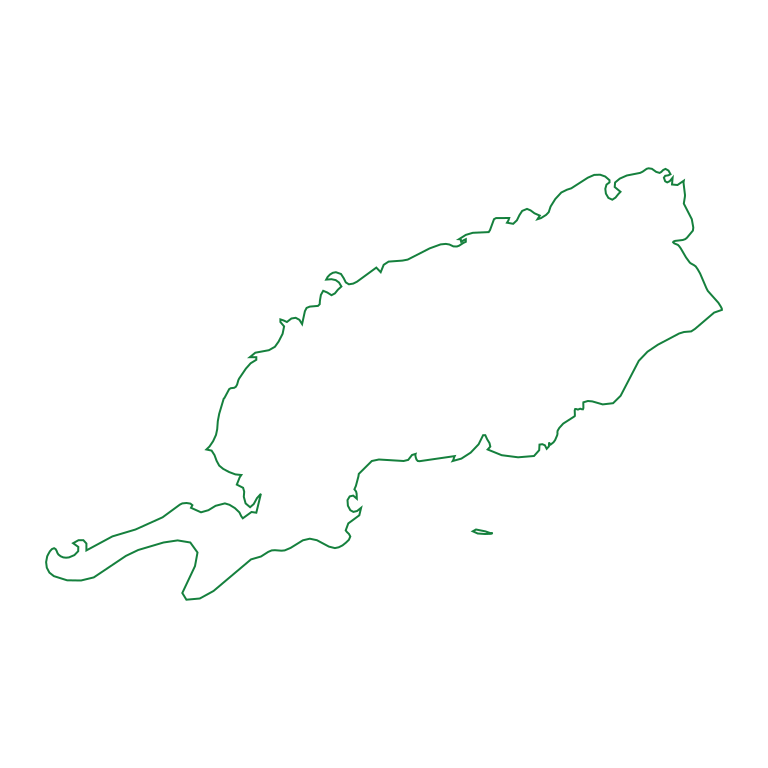 an SVG outline of Pinar del Río
{"feature_id": "CUB-1321", "entity_name": "Pinar del Río", "entity_type": "Province", "adm_level": 1, "iso_a3": "CUB", "parent_name": "Cuba", "parent_adm1": "", "projection": "mercator", "projection_center": [-83.796, 22.394], "detail": "fine", "context": "isolated", "style": "outline", "palette": "green", "viewbox_px": 768, "rotation_deg": 0, "n_neighbors": 0, "source": "natural_earth", "source_scale": "10m", "svg_char_len": 4624}
<svg xmlns="http://www.w3.org/2000/svg" viewBox="0 0 768 768"><path d="M721.9,309.9L714.1,312.6L695.0,328.9L691.2,331.4L684.0,332.0L679.1,333.5L657.9,344.7L647.5,351.7L638.8,360.8L620.6,395.8L613.1,403.2L602.7,404.4L592.3,401.4L587.9,401.0L583.4,402.3L583.3,403.2L583.4,408.0L582.9,409.3L581.6,409.2L580.2,408.7L577.9,409.6L576.5,409.1L575.2,409.0L574.7,410.4L574.9,415.2L574.7,416.2L563.2,423.6L559.3,427.9L557.6,430.8L557.4,432.4L557.5,433.6L557.2,435.2L555.1,440.1L553.5,442.3L550.6,444.6L549.6,443.5L549.1,442.4L548.9,446.4L546.7,448.8L544.9,445.3L542.3,444.2L539.5,444.6L539.2,450.2L534.0,456.0L518.1,457.3L501.7,455.2L487.7,449.5L490.3,446.6L489.5,443.1L487.1,439.2L485.3,435.2L483.1,435.2L478.6,444.3L470.7,452.6L461.4,458.6L452.7,461.0L453.4,459.8L454.1,457.4L454.7,456.1L419.5,461.2L417.8,461.0L416.5,459.6L415.7,457.2L415.3,454.9L415.6,453.9L412.0,455.0L408.2,459.9L403.6,461.0L378.9,459.5L371.8,461.0L358.8,473.9L358.4,476.5L355.9,485.9L354.4,489.3L356.1,491.5L356.6,493.6L356.8,498.7L353.2,495.6L349.7,496.4L347.5,500.1L347.9,505.7L350.3,510.2L353.4,511.9L357.1,511.0L361.1,507.8L359.3,515.3L348.3,523.4L345.7,530.4L346.9,532.0L349.0,534.0L350.3,536.5L348.9,539.8L345.9,542.7L342.5,545.4L338.7,547.3L334.9,548.1L328.9,546.6L316.9,540.2L309.8,538.7L302.9,540.3L290.6,547.9L284.7,550.4L281.5,550.7L274.9,550.2L271.7,550.4L268.2,551.9L261.0,556.5L251.0,559.4L213.5,591.0L199.8,598.5L186.4,599.7L182.3,593.0L195.0,566.1L197.5,552.5L190.3,542.5L177.6,540.4L163.5,542.5L138.2,550.0L125.9,555.9L93.8,577.4L81.0,580.5L67.1,580.3L53.8,576.1L49.4,572.6L46.8,567.7L46.1,562.1L47.2,556.3L48.3,554.1L49.9,551.3L51.9,549.1L54.1,548.2L55.6,549.1L56.6,550.8L57.4,552.9L58.4,554.5L60.7,556.3L63.3,557.4L66.1,557.7L69.0,557.4L74.4,555.1L78.2,551.2L78.3,546.9L73.1,543.2L78.5,540.2L83.4,540.2L86.4,543.5L86.4,550.4L112.4,536.4L135.5,529.5L162.6,517.3L179.9,504.6L182.3,503.4L186.5,503.0L190.4,503.6L192.4,505.2L191.0,507.8L201.0,512.3L208.4,510.2L215.6,505.8L224.9,503.4L229.5,504.8L234.9,508.1L239.4,512.4L241.3,516.3L242.8,518.3L251.5,512.0L256.3,512.7L260.9,493.8L257.0,498.1L253.7,504.1L250.1,507.2L245.6,503.4L243.8,496.8L244.2,491.7L243.1,487.8L236.8,484.6L239.7,477.3L241.3,475.0L235.4,474.4L229.0,472.0L223.2,468.9L219.2,465.6L216.6,460.8L214.5,455.1L211.6,450.6L206.4,449.5L209.5,446.5L213.1,441.2L216.0,434.9L217.2,429.2L217.8,421.2L219.2,413.8L223.7,398.7L224.5,397.9L229.2,389.1L230.8,388.2L234.2,387.8L235.8,386.8L237.1,384.6L238.3,380.3L239.1,378.6L245.9,368.6L250.6,363.3L256.3,359.8L256.3,357.2L249.8,357.2L255.3,352.7L268.9,350.2L274.9,346.8L278.6,341.6L282.6,333.8L284.1,326.4L280.4,322.0L280.4,319.4L283.7,320.5L286.9,322.0L291.4,318.5L295.7,317.8L299.4,319.8L302.1,324.1L304.9,311.2L306.6,307.9L309.8,306.6L318.0,305.9L319.7,304.2L319.9,300.8L320.9,294.9L323.2,290.8L327.3,292.5L331.5,295.2L334.9,293.4L337.9,289.7L341.4,286.5L339.0,282.5L335.7,280.1L331.5,279.2L326.2,279.6L327.6,277.0L330.0,274.5L332.8,272.8L335.9,272.2L341.0,274.0L343.7,278.2L345.8,282.4L348.9,284.3L353.2,283.6L357.0,281.7L376.3,267.6L380.7,272.2L383.7,264.8L388.6,261.6L402.4,260.6L407.7,259.6L429.6,248.4L440.6,244.4L445.8,243.9L449.4,244.5L453.4,246.4L456.9,246.5L459.1,245.7L463.4,242.9L465.8,241.8L465.8,239.2L463.5,240.3L461.2,241.8L460.8,240.5L460.9,239.7L460.6,239.3L459.0,239.2L465.8,234.9L472.8,232.8L488.7,232.1L490.0,230.1L494.0,219.2L496.0,218.1L509.2,218.0L508.4,220.4L507.9,221.3L507.0,222.7L513.2,223.8L516.9,220.3L519.5,215.0L522.2,210.9L527.0,208.9L530.6,210.4L534.5,213.3L539.8,215.6L537.5,219.2L541.0,218.1L546.1,214.9L548.7,212.2L550.6,206.5L555.3,199.0L561.3,192.5L567.0,189.7L571.3,188.3L587.8,177.7L594.2,174.9L600.1,174.7L605.2,176.5L609.5,180.2L609.5,182.4L606.5,184.6L605.3,188.8L605.9,193.6L608.4,197.9L612.3,199.7L615.5,197.6L618.3,194.1L620.5,191.8L614.7,187.0L615.1,182.5L619.8,178.6L626.8,175.5L640.1,172.9L642.6,171.7L646.7,168.8L648.6,168.3L651.9,168.8L656.2,171.9L659.6,172.9L661.2,172.0L663.2,170.0L665.5,168.9L668.5,170.6L670.5,174.2L668.4,175.3L665.2,175.8L663.9,177.7L665.2,181.3L667.2,182.4L669.7,181.2L672.6,177.7L672.0,184.5L677.5,185.0L683.8,180.7L683.5,182.6L685.0,195.1L684.9,196.7L683.8,203.6L691.8,219.2L693.3,227.6L692.9,230.6L687.0,237.7L685.3,239.1L682.8,240.0L675.1,240.9L673.6,241.5L673.1,242.2L673.6,242.8L674.3,243.4L677.9,244.9L679.1,246.1L680.7,248.3L686.0,257.4L689.8,262.6L691.0,263.5L693.9,265.1L695.7,266.4L697.7,269.3L700.1,273.5L706.4,288.2L707.8,290.9L718.4,302.8L720.8,306.6L721.8,308.6L721.9,309.9ZM490.3,533.1L491.1,533.0L492.7,533.1L491.0,533.8L484.8,534.0L477.7,533.5L472.8,531.3L476.0,529.5L485.5,531.4L490.3,533.1Z" fill="none" stroke="#15803d" stroke-width="2"/></svg>